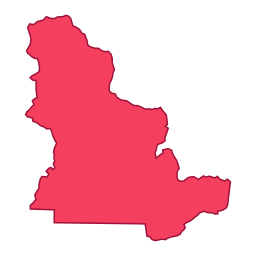 Mariana Pimentel, Rio Grande do Sul, Brazil (orthographic projection)
{"feature_id": "56859067B12281818567155", "entity_name": "Mariana Pimentel", "entity_type": "district", "adm_level": 2, "iso_a3": "BRA", "parent_name": "Brazil", "parent_adm1": "Rio Grande do Sul", "projection": "orthographic", "projection_center": [-51.582, -30.296], "detail": "fine", "context": "isolated", "style": "filled", "palette": "rose", "viewbox_px": 256, "rotation_deg": 0, "n_neighbors": 0, "source": "geoboundaries", "source_scale": "gbopen_adm2", "svg_char_len": 2493}
<svg xmlns="http://www.w3.org/2000/svg" viewBox="0 0 256 256"><path d="M32.8,121.1L35.0,122.0L37.4,123.0L40.5,125.7L43.6,126.7L46.7,128.9L50.4,128.7L52.0,132.1L52.5,135.1L54.3,139.0L56.6,143.4L54.5,147.9L53.5,152.1L54.3,155.0L53.9,158.1L54.8,160.7L53.3,163.8L54.9,167.9L52.8,169.6L51.1,167.4L48.7,168.4L46.1,171.3L48.9,174.3L46.9,177.0L44.3,176.7L41.8,176.5L40.2,179.4L39.0,184.2L39.0,188.3L36.9,191.3L34.8,194.9L35.9,199.5L33.0,202.9L30.3,205.5L30.3,209.0L54.3,209.8L54.2,222.7L87.4,223.1L103.1,223.3L135.2,223.7L145.2,223.9L146.9,236.0L150.1,237.1L152.1,239.6L155.3,240.6L158.1,240.0L161.7,239.2L165.4,239.6L167.6,238.3L170.8,237.0L174.5,236.3L177.3,235.7L180.0,234.3L181.9,231.3L183.8,229.9L185.3,227.5L183.9,224.5L186.4,222.6L189.6,221.3L191.9,219.7L194.8,217.2L197.4,215.4L200.0,212.6L204.1,211.3L207.4,212.6L212.5,212.9L215.1,214.1L217.9,213.8L217.7,211.0L220.1,210.9L223.2,209.9L226.5,207.7L227.6,204.7L230.4,181.7L227.3,179.2L224.7,181.0L219.9,179.2L217.4,176.3L214.8,177.9L209.1,176.2L205.9,177.2L203.4,175.9L198.5,179.4L193.8,176.7L190.9,176.9L188.0,177.7L183.5,181.1L180.9,181.3L178.1,180.1L177.0,177.6L177.2,171.5L179.2,168.3L177.6,163.2L176.6,160.4L174.0,156.3L172.6,153.6L171.6,150.2L168.1,148.7L162.7,150.0L163.1,153.1L160.2,154.8L156.2,158.0L155.0,153.1L156.1,150.1L156.7,146.9L157.9,144.3L161.8,143.1L164.9,141.1L165.1,137.3L167.2,131.4L168.2,128.2L165.2,126.2L167.4,124.6L167.0,120.4L166.3,115.0L164.7,113.0L162.6,110.6L160.5,107.3L157.8,108.8L155.1,108.4L151.7,109.7L149.6,108.8L147.0,109.1L144.5,108.8L141.5,107.2L137.5,105.6L134.0,105.5L131.1,103.9L127.2,101.0L124.1,100.4L121.4,100.1L119.0,98.7L116.4,96.8L115.5,94.1L111.9,93.1L109.3,91.1L109.1,87.1L109.8,83.1L111.0,80.7L112.4,77.1L112.9,73.3L114.4,69.4L112.4,63.7L112.2,58.3L111.0,54.1L108.3,51.3L105.1,51.7L101.9,50.7L98.5,48.3L95.1,48.3L91.4,47.2L88.2,45.6L87.3,43.1L87.0,40.5L85.6,36.7L84.6,34.2L81.7,33.1L79.5,29.4L76.3,27.3L72.8,25.8L70.7,18.5L68.2,15.9L65.7,15.4L63.2,16.5L60.7,16.8L57.6,16.9L54.1,18.7L50.1,18.2L46.3,16.7L43.3,20.1L40.8,20.7L37.7,21.4L35.8,22.9L33.7,24.6L29.8,23.9L27.7,27.4L29.1,32.3L30.2,35.3L31.0,39.1L30.4,43.7L28.4,47.6L26.6,50.7L27.6,53.1L29.6,54.7L31.9,56.8L34.5,58.3L37.5,58.7L38.8,62.8L39.5,67.3L39.2,71.6L36.0,73.7L32.2,75.7L30.1,77.7L32.5,80.0L36.1,80.8L36.1,84.5L36.0,88.1L36.4,91.4L36.6,94.9L37.2,97.5L34.6,98.8L32.3,100.8L34.0,104.6L31.4,107.1L29.4,109.7L26.9,111.8L25.6,114.5L27.4,116.8L30.0,117.4L32.5,118.0L32.8,121.1Z" fill="#f43f5e" stroke="#9f1239" stroke-width="1.5"/></svg>